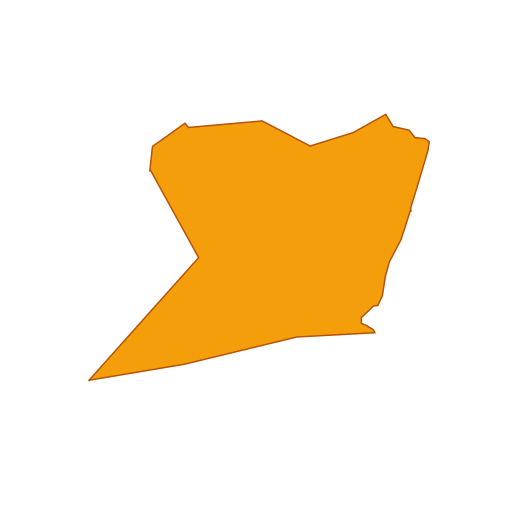 outline of Belfond, Soufrière, Saint Lucia, rotated 205°
{"feature_id": "8701671B32439381681784", "entity_name": "Belfond", "entity_type": "district", "adm_level": 2, "iso_a3": "LCA", "parent_name": "Saint Lucia", "parent_adm1": "Soufrière", "projection": "equal_earth", "projection_center": [-61.044, 13.829], "detail": "fine", "context": "isolated", "style": "filled", "palette": "amber", "viewbox_px": 512, "rotation_deg": 205, "n_neighbors": 0, "source": "geoboundaries", "source_scale": "gbopen_adm2", "svg_char_len": 648}
<svg xmlns="http://www.w3.org/2000/svg" viewBox="0 0 512 512"><g transform="rotate(205 256 256)"><path d="M147.2,432.7L152.5,433.8L161.8,430.5L170.4,434.7L186.5,431.3L198.3,439.2L220.0,409.0L253.5,378.5L254.8,378.6L307.5,381.0L371.6,343.9L374.1,345.2L376.5,346.3L396.1,311.5L388.3,288.4L387.7,289.0L307.3,230.3L330.6,153.1L354.8,72.8L354.5,72.8L354.6,73.0L275.4,127.5L184.9,199.8L115.9,236.7L118.6,238.8L126.0,239.6L132.1,239.6L134.5,244.6L128.4,260.3L124.7,262.7L124.7,273.5L130.2,292.4L132.7,307.3L131.5,332.1L135.2,361.8L134.5,362.1L136.1,364.7L139.9,391.8L144.7,424.0L147.2,432.7Z" fill="#f59e0b" stroke="#b45309" stroke-width="1.5"/></g></svg>